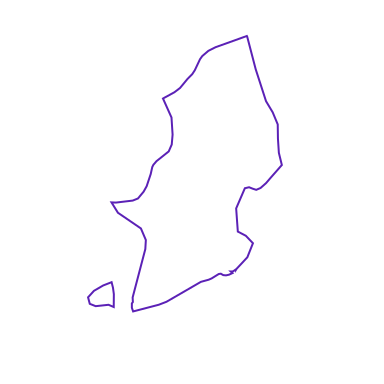 an SVG outline of Pedernales, rotated 43°
{"feature_id": "DOM-1973", "entity_name": "Pedernales", "entity_type": "Province", "adm_level": 1, "iso_a3": "DOM", "parent_name": "Dominican Republic", "parent_adm1": "", "projection": "natural_earth1", "projection_center": [-71.507, 17.919], "detail": "fine", "context": "isolated", "style": "outline", "palette": "violet", "viewbox_px": 384, "rotation_deg": 43, "n_neighbors": 0, "source": "natural_earth", "source_scale": "10m", "svg_char_len": 1151}
<svg xmlns="http://www.w3.org/2000/svg" viewBox="0 0 384 384"><g transform="rotate(43 192 192)"><path d="M107.0,143.4L111.1,131.1L112.3,124.1L111.6,112.3L111.8,105.6L111.0,101.0L107.3,89.4L106.8,85.6L107.7,77.6L110.5,70.0L125.7,40.5L126.5,40.8L154.9,58.8L184.2,75.1L196.7,78.7L208.6,84.1L218.5,94.4L228.8,104.1L239.3,111.0L239.8,127.6L240.1,135.0L239.4,142.3L237.5,146.6L234.1,148.2L230.5,149.6L228.1,153.2L235.5,173.9L252.5,189.7L261.2,187.3L271.5,187.9L277.0,202.0L277.0,217.8L277.2,218.8L276.9,218.5L276.3,221.4L275.8,222.5L274.5,223.7L276.9,223.7L275.5,227.2L273.7,229.8L271.5,231.5L268.8,232.1L267.5,233.7L265.3,241.8L264.0,244.8L259.8,251.6L248.2,289.7L244.6,297.1L230.4,319.5L227.0,317.7L224.0,314.5L223.8,312.8L220.5,309.6L196.8,265.6L191.0,258.6L179.5,253.5L152.0,257.7L140.2,254.5L143.6,251.6L154.5,238.7L156.9,233.6L156.4,224.8L154.9,218.7L149.6,207.1L145.9,200.8L145.2,198.4L145.0,193.6L147.3,178.2L144.8,171.1L138.7,163.3L126.2,151.5L107.0,143.4ZM193.5,343.5L187.8,339.9L187.7,331.1L190.8,320.9L194.7,312.8L199.5,315.9L204.5,320.0L213.2,329.5L207.9,331.4L199.4,341.2L193.5,343.5Z" fill="none" stroke="#5b21b6" stroke-width="2"/></g></svg>